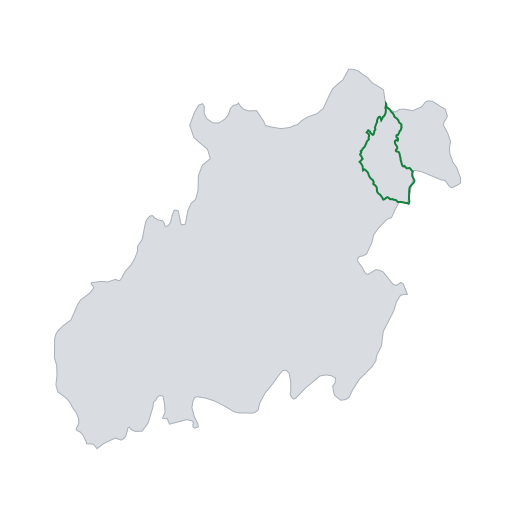 location of Jablanicki within Republic of Serbia, rotated 265°
{"feature_id": "SRB-843", "entity_name": "Jablanicki", "entity_type": "District", "adm_level": 1, "iso_a3": "SRB", "parent_name": "Republic of Serbia", "parent_adm1": "", "projection": "robinson", "projection_center": [22.002, 42.918], "detail": "fine", "context": "in_parent", "style": "outline", "palette": "green", "viewbox_px": 512, "rotation_deg": 265, "n_neighbors": 0, "source": "natural_earth", "source_scale": "10m", "svg_char_len": 8873}
<svg xmlns="http://www.w3.org/2000/svg" viewBox="0 0 512 512"><g transform="rotate(265 256 256)"><path d="M293.8,188.3L307.8,192.3L314.2,196.0L317.6,200.8L326.6,204.0L341.1,205.6L351.3,210.6L357.0,219.0L366.4,217.0L379.3,204.5L392.0,201.3L404.4,207.2L411.3,212.1L412.4,216.0L409.5,217.5L402.6,216.8L396.9,219.1L392.4,224.6L391.7,230.4L394.9,236.6L399.3,240.9L405.1,243.3L408.1,246.5L408.5,250.6L410.0,251.7L406.8,253.6L403.2,256.4L401.2,261.3L400.8,269.2L389.6,275.4L385.5,276.5L383.6,280.6L380.7,292.2L381.1,300.9L382.6,305.3L383.3,308.9L386.9,313.3L390.2,320.1L392.4,329.1L397.2,336.0L409.6,342.9L415.8,346.8L420.3,352.6L423.8,357.8L434.1,364.7L433.3,369.7L431.1,374.5L428.7,376.8L423.7,383.0L418.7,386.5L410.6,397.5L397.7,398.1L394.6,398.9L389.7,401.9L387.3,407.4L389.6,411.8L389.4,416.3L387.1,424.9L390.2,434.1L394.8,438.4L395.5,440.8L394.8,445.2L388.0,454.0L385.9,457.2L379.1,458.8L376.8,458.0L373.2,455.0L370.0,454.1L361.8,457.6L353.5,459.8L347.0,458.2L340.6,458.0L336.1,459.4L332.8,460.0L326.2,463.8L315.6,466.6L310.7,466.0L308.9,462.4L306.9,457.3L307.9,455.0L314.9,450.9L315.7,447.1L325.4,428.5L327.3,422.5L327.4,420.5L324.9,419.2L319.5,419.3L295.8,411.7L296.9,403.1L289.9,398.5L282.4,394.3L281.2,389.7L272.9,380.3L266.8,375.1L259.0,372.5L252.4,368.6L248.3,366.3L246.6,361.9L246.6,359.4L244.6,356.9L241.3,357.1L235.8,360.6L229.1,363.6L227.9,365.8L230.3,370.9L232.0,374.2L231.2,377.3L229.0,381.3L216.0,390.0L214.5,393.1L217.0,398.0L215.4,400.3L204.5,403.5L204.8,400.8L204.2,396.5L198.0,391.9L189.2,388.4L169.8,376.2L162.3,374.6L155.7,373.2L146.1,367.3L141.2,366.3L135.8,362.1L124.0,348.1L114.0,340.4L107.1,336.5L105.2,332.8L104.9,328.9L105.1,327.6L110.4,322.1L114.5,321.3L119.6,321.1L123.0,323.9L127.5,324.5L130.0,320.9L131.4,315.8L130.9,309.2L120.3,294.0L111.1,283.4L110.1,281.1L112.1,279.1L115.4,278.0L118.8,278.9L127.8,279.7L136.5,278.7L139.5,276.1L139.6,272.6L136.4,269.4L126.4,260.7L118.6,253.0L109.4,247.1L102.5,244.7L100.5,241.8L99.7,238.6L100.5,232.7L101.1,225.2L102.8,220.5L109.1,211.7L115.1,202.3L118.9,193.3L121.0,184.9L120.3,182.5L117.2,180.7L110.7,178.9L101.6,180.5L93.8,183.5L90.8,183.7L89.9,180.0L91.1,178.3L93.5,178.5L95.5,179.2L97.6,177.5L99.0,172.5L96.0,155.1L101.8,153.5L101.9,151.0L102.5,148.8L108.4,151.8L116.7,151.9L124.1,151.3L125.2,149.6L125.2,147.1L123.7,145.2L121.1,143.6L119.2,141.2L114.3,140.1L98.9,133.9L91.4,127.2L91.8,120.2L94.1,116.3L96.7,114.9L96.0,113.6L87.3,110.4L84.3,105.8L86.9,100.0L82.6,88.2L77.9,80.9L82.7,77.7L83.4,73.2L83.8,70.7L85.7,70.7L93.3,67.7L96.1,65.3L97.7,62.4L99.5,61.7L104.5,64.8L109.8,65.1L115.8,63.1L120.3,60.4L125.7,58.1L128.2,56.6L131.3,54.1L137.7,46.9L144.8,45.4L154.3,47.3L164.5,47.9L172.2,46.3L191.6,48.3L195.8,50.0L198.5,51.9L203.5,58.0L208.4,66.0L215.1,69.7L223.2,74.1L227.4,77.3L233.4,86.9L238.2,91.5L239.8,91.3L241.5,90.1L242.6,89.1L243.9,90.0L243.9,92.9L244.2,99.3L243.0,106.2L244.7,112.7L244.7,114.7L243.5,116.5L243.6,118.2L245.3,120.0L251.9,124.2L258.0,130.8L265.0,135.5L271.5,138.5L275.7,138.7L282.4,144.0L295.8,147.9L300.0,149.2L303.0,151.4L305.1,153.9L305.2,156.7L303.1,158.0L300.3,161.7L299.1,166.2L296.9,167.3L294.8,167.4L293.2,168.7L293.6,170.7L295.3,172.5L298.1,174.2L303.5,175.9L308.7,178.4L308.6,180.4L307.6,182.5L300.9,183.3L295.9,183.7L293.6,184.5L293.8,188.3Z" fill="#d9dde1" stroke="#a8b0b8" stroke-width="1"/><path d="M396.5,398.8L395.9,399.1L394.3,398.9L393.1,399.0L392.3,399.6L391.0,401.5L390.1,402.2L387.9,403.3L387.1,403.9L386.5,404.7L385.6,405.0L385.4,405.1L384.9,405.4L384.5,405.6L383.9,405.8L382.9,405.9L382.6,406.1L382.2,406.5L381.7,407.0L381.4,407.4L380.9,408.1L380.7,408.3L380.5,408.5L379.6,409.0L379.1,409.4L378.9,409.6L378.7,409.7L378.4,409.8L378.1,409.8L377.3,409.9L376.9,410.1L376.6,410.2L376.4,410.4L375.9,410.8L375.4,411.5L374.4,412.2L374.3,412.3L374.0,412.3L373.7,412.3L373.3,412.2L372.8,412.1L372.6,412.0L372.3,412.0L372.2,412.1L371.7,412.3L371.4,412.3L371.1,412.2L370.8,411.9L370.4,411.7L369.5,411.5L369.2,411.4L368.8,411.1L368.5,410.9L368.4,410.7L368.1,410.1L367.9,410.0L367.7,409.9L366.9,409.6L366.1,409.2L364.5,408.1L364.2,407.9L364.1,407.7L364.1,407.4L364.1,406.8L364.1,406.6L363.9,406.5L363.8,406.4L363.6,406.3L363.3,406.3L362.9,406.3L362.6,406.3L362.2,406.3L361.9,406.5L361.7,406.6L361.2,407.3L361.0,407.5L360.9,407.6L360.6,407.6L359.7,407.6L359.3,407.5L359.0,407.5L358.8,407.4L358.7,407.3L358.5,407.2L358.5,406.9L358.6,406.7L359.1,406.1L359.2,405.9L359.2,405.7L359.1,405.4L358.6,404.6L358.4,404.4L358.1,404.3L357.5,404.3L356.5,404.3L356.2,404.3L355.9,404.4L355.3,404.6L354.7,405.0L353.8,405.5L352.6,406.0L351.7,406.2L351.4,406.2L351.2,406.1L350.8,405.9L350.4,405.6L349.7,404.8L349.5,404.7L349.3,404.6L349.1,404.6L348.8,404.5L348.6,404.5L348.4,404.6L348.1,404.8L347.9,405.1L347.8,405.3L347.7,405.5L347.6,406.4L347.5,406.7L347.4,406.9L347.2,407.1L346.6,407.5L346.1,407.7L344.1,408.1L343.5,408.1L342.9,408.1L341.9,408.3L341.2,408.5L340.4,408.5L339.5,408.4L339.3,408.4L338.9,408.5L338.1,408.7L337.8,408.8L337.5,408.9L337.2,408.8L336.9,408.9L336.0,409.1L335.8,409.1L335.4,409.1L335.2,409.1L333.5,409.6L333.3,409.7L333.1,409.8L332.7,410.1L332.5,410.3L332.5,410.5L332.4,410.7L332.5,410.9L332.5,411.0L332.8,411.4L332.9,411.6L332.7,411.8L332.2,412.1L331.8,412.3L331.6,412.7L331.4,412.9L331.2,413.0L330.6,413.3L330.4,413.5L330.2,413.7L330.2,414.0L330.2,414.8L330.2,415.7L330.3,416.5L330.2,416.8L329.9,417.0L329.1,417.7L328.8,417.9L328.1,418.2L327.8,418.3L327.6,418.5L326.6,419.5L326.2,419.2L323.6,418.7L321.7,418.7L317.9,420.3L316.6,420.3L315.2,419.4L312.4,416.2L311.0,415.1L309.0,414.5L300.2,413.4L297.1,413.5L295.6,413.1L294.7,412.5L294.8,412.2L295.2,411.9L295.5,411.4L295.8,409.7L297.0,406.1L297.3,404.3L297.4,402.0L299.5,400.3L299.5,400.1L299.9,399.1L299.9,398.9L299.9,398.3L300.0,398.1L300.1,397.9L300.7,397.1L300.9,396.9L300.9,396.7L300.8,396.3L300.8,396.1L300.9,395.4L300.9,395.2L300.8,394.8L300.8,394.6L301.0,394.3L301.3,394.1L301.6,393.9L302.0,393.7L302.2,393.4L302.4,393.1L302.6,392.9L303.0,392.4L303.1,392.2L303.1,391.8L303.0,391.6L302.6,391.0L302.5,390.7L302.3,390.2L302.2,390.0L301.8,389.6L301.7,389.4L301.4,388.8L301.1,388.2L301.1,387.9L301.1,387.7L301.4,387.5L302.5,387.1L303.3,386.8L305.5,385.5L306.0,385.1L306.5,384.7L307.2,383.8L307.4,383.6L307.6,383.4L308.5,382.8L308.7,382.7L309.1,382.5L309.5,382.3L309.8,382.3L310.2,382.2L313.1,382.3L313.4,382.2L313.8,382.2L314.2,382.1L314.4,381.9L315.2,381.4L316.0,380.9L316.3,380.6L316.5,380.4L316.8,379.8L316.9,379.6L317.0,379.5L317.1,379.3L317.4,379.2L317.6,379.1L317.8,379.1L318.0,379.2L318.4,379.3L318.9,379.7L319.1,379.8L319.3,379.8L319.5,379.7L319.9,379.5L320.6,379.3L321.4,379.1L321.5,378.8L321.8,378.5L322.2,378.1L322.7,377.7L323.3,377.1L323.6,376.8L323.9,376.6L324.9,376.1L325.9,375.6L326.5,375.4L326.9,375.3L327.8,375.2L328.1,375.1L329.1,374.8L329.4,374.7L331.0,373.5L331.6,372.9L332.2,372.3L332.8,371.8L332.9,371.6L332.8,371.4L332.8,371.2L332.5,370.8L332.0,370.1L333.5,370.0L334.2,370.0L335.9,370.0L336.5,369.9L337.1,369.7L337.7,369.4L338.4,369.0L339.6,368.4L340.7,367.4L343.5,370.7L344.4,370.1L345.1,370.0L345.5,369.9L345.8,369.8L346.1,369.7L346.3,369.6L347.2,368.8L347.5,368.7L347.8,368.6L348.1,368.6L348.3,368.6L348.6,368.8L349.0,369.3L349.5,369.7L349.7,369.8L349.9,369.9L350.2,369.9L350.3,369.8L350.5,369.8L351.0,369.5L351.2,369.4L351.3,369.4L351.4,369.5L351.5,369.6L351.7,370.2L351.9,370.5L352.1,370.7L352.4,370.9L353.0,371.2L353.2,371.3L353.4,371.4L353.5,371.6L353.9,372.0L354.3,372.5L354.7,373.0L355.5,373.8L355.7,374.0L356.3,374.3L356.8,374.6L357.6,375.0L358.2,375.4L358.5,375.6L358.9,375.8L359.6,376.0L359.8,376.1L360.1,376.2L360.5,376.6L361.0,377.0L362.0,378.2L362.5,378.7L363.0,378.6L363.7,378.5L364.0,378.5L364.3,378.5L364.9,378.7L365.3,379.0L365.5,379.0L365.8,379.1L366.1,379.1L367.5,378.9L367.9,378.7L368.1,378.5L368.7,377.8L369.4,377.0L369.9,377.5L370.5,378.0L371.4,378.7L371.5,378.8L371.4,379.0L370.7,379.6L370.4,380.1L370.2,380.3L369.3,380.6L369.1,380.6L368.5,381.0L368.4,381.1L368.2,381.2L368.0,381.5L367.8,381.7L366.6,382.6L366.5,382.8L366.5,383.0L366.6,383.4L366.8,383.5L367.7,384.1L368.0,384.3L368.4,384.4L369.4,384.5L369.8,384.6L370.1,384.7L370.3,384.9L370.6,385.1L371.0,385.5L371.3,385.7L371.5,385.9L372.0,385.9L372.8,385.8L373.2,385.8L373.5,385.8L373.8,385.8L374.2,385.9L375.0,386.3L376.7,387.1L377.4,387.4L378.2,387.8L378.6,388.2L378.9,388.3L379.1,388.4L380.0,388.3L380.5,388.4L380.7,388.5L381.8,389.0L383.0,389.7L383.4,390.1L383.7,390.3L383.9,390.7L384.0,391.0L383.9,391.4L383.7,391.5L383.3,391.9L382.8,392.0L381.9,392.3L380.3,392.6L381.0,393.1L381.9,393.7L382.1,393.8L382.4,394.0L383.0,394.2L383.3,394.4L383.4,394.5L383.6,394.6L383.8,395.3L384.0,395.4L384.4,395.8L384.7,396.2L385.1,396.5L385.6,396.7L386.2,397.0L386.8,397.4L387.2,397.5L388.0,397.7L388.3,397.7L389.0,398.0L389.3,398.1L389.6,398.1L390.2,398.1L390.6,398.1L391.6,397.9L392.3,397.9L392.6,397.9L393.0,398.0L393.6,398.2L394.0,398.3L394.6,398.5L396.5,398.8Z" fill="none" stroke="#15803d" stroke-width="2"/></g></svg>